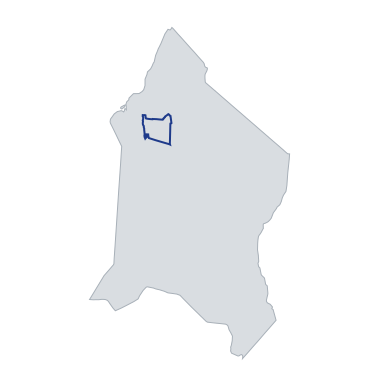 Galole, Coast, Kenya (highlighted), rotated 184°
{"feature_id": "3690345B71380805916784", "entity_name": "Galole", "entity_type": "district", "adm_level": 2, "iso_a3": "KEN", "parent_name": "Kenya", "parent_adm1": "Coast", "projection": "equal_earth", "projection_center": [39.8, -1.506], "detail": "fine", "context": "in_parent", "style": "outline", "palette": "blue", "viewbox_px": 384, "rotation_deg": 184, "n_neighbors": 0, "source": "geoboundaries", "source_scale": "gbopen_adm2", "svg_char_len": 5498}
<svg xmlns="http://www.w3.org/2000/svg" viewBox="0 0 384 384"><g transform="rotate(184 192 192)"><path d="M97.3,236.8L97.3,231.4L97.8,217.5L97.8,205.3L98.3,199.2L100.5,195.3L101.5,192.5L102.3,188.6L103.5,185.4L106.1,182.8L106.6,181.4L109.4,177.0L111.1,171.4L112.4,169.5L113.9,167.8L115.1,166.9L116.9,165.9L118.3,165.4L118.6,165.0L118.7,164.1L118.3,160.6L118.9,159.5L119.9,157.1L121.0,155.0L122.0,153.6L122.6,152.2L122.8,149.8L122.9,148.0L122.9,145.2L122.6,138.8L121.4,133.4L120.6,127.4L121.2,125.5L120.3,122.0L119.8,121.8L119.0,121.0L118.1,117.7L117.3,114.7L116.9,113.9L113.7,111.2L112.1,105.0L110.4,103.6L109.4,97.4L109.2,95.7L110.2,89.5L110.1,88.1L109.1,86.7L106.1,85.4L103.7,82.9L104.0,82.0L104.2,81.1L102.9,80.4L99.2,69.9L104.0,63.5L108.9,57.1L115.0,48.9L120.7,41.5L125.6,35.0L130.0,29.3L129.9,30.3L129.9,31.8L130.4,32.7L131.3,33.3L132.6,32.7L133.7,31.8L134.7,31.6L141.3,34.0L142.4,36.1L142.3,38.3L142.6,40.0L142.1,41.6L141.5,46.5L141.6,51.1L143.6,54.5L145.4,57.1L146.7,60.8L147.8,61.9L149.2,62.5L153.7,62.7L160.3,62.9L166.8,63.2L167.3,63.2L168.7,63.8L174.6,68.8L180.0,73.4L184.6,77.3L189.0,81.2L193.3,85.0L196.7,88.1L200.0,89.1L205.3,89.5L209.0,89.7L212.5,91.0L217.6,92.2L221.4,92.8L223.7,93.5L230.1,94.3L231.1,93.8L233.9,90.4L237.1,84.7L238.3,81.6L242.4,78.6L249.6,74.2L254.6,71.2L260.2,68.2L262.8,70.8L266.3,75.1L267.8,77.1L269.1,78.1L271.0,78.7L273.3,78.7L274.6,78.6L277.2,78.1L283.3,77.6L286.7,77.6L283.8,83.2L280.3,90.0L273.9,102.4L269.0,108.9L265.3,113.9L264.9,114.8L265.0,120.3L265.0,133.7L265.1,160.7L265.2,187.6L265.2,214.6L265.3,228.1L265.3,232.6L268.6,238.3L271.7,243.8L275.9,251.1L278.2,255.0L278.6,256.4L278.4,259.0L275.0,264.5L272.1,267.0L268.3,268.2L267.2,267.9L265.7,267.1L265.1,268.5L264.7,270.5L263.8,270.1L263.2,269.5L263.6,273.1L264.0,274.9L263.4,277.4L261.5,279.5L261.4,281.3L257.3,286.0L251.7,286.5L248.7,288.8L247.3,290.7L246.3,294.9L246.7,301.3L245.1,306.2L244.8,308.7L241.9,311.9L240.6,314.8L239.6,317.8L238.8,319.1L237.8,325.8L236.4,329.9L236.0,331.2L235.7,332.4L234.6,334.8L234.0,336.4L233.5,337.5L230.0,347.9L227.3,352.6L225.2,352.1L223.8,353.9L223.6,354.7L222.9,354.3L221.1,352.6L217.5,349.0L213.8,345.5L210.2,342.0L206.5,338.4L202.9,334.9L199.2,331.4L195.6,327.8L192.0,324.3L189.8,322.2L188.9,321.0L188.1,318.6L187.8,318.0L186.8,317.2L185.7,317.0L185.3,316.6L185.3,315.4L185.7,313.7L187.1,310.5L187.2,308.6L187.0,306.4L186.5,302.9L186.2,302.1L183.8,300.3L178.7,296.5L173.6,292.7L168.6,288.9L163.5,285.1L158.5,281.3L153.4,277.5L148.3,273.7L143.3,269.9L138.2,266.1L133.1,262.3L128.1,258.5L123.0,254.7L118.0,250.9L112.9,247.1L107.8,243.3L102.8,239.5L100.9,238.0L99.2,236.8L97.3,236.8ZM265.7,273.8L264.8,274.1L265.2,272.2L267.8,269.9L268.9,270.4L269.1,271.0L269.0,271.4L268.6,271.9L265.7,273.8Z" fill="#d9dde1" stroke="#a8b0b8" stroke-width="1"/><path d="M217.2,237.8L217.4,238.4L217.4,238.5L217.5,239.0L217.6,242.1L218.3,257.7L218.3,258.4L218.3,258.5L218.2,258.5L218.1,258.8L217.9,258.8L217.7,258.9L217.6,259.0L217.4,259.2L217.3,259.3L218.5,265.1L218.7,265.9L218.7,266.0L218.8,266.0L219.0,266.3L219.2,266.5L219.3,266.5L219.5,266.7L219.5,266.8L219.7,267.0L219.8,267.1L220.0,267.3L220.3,267.4L220.3,267.5L220.6,267.6L220.7,267.8L220.8,267.8L221.1,268.0L222.4,266.8L223.6,265.8L223.7,265.7L223.8,265.7L224.0,265.5L224.1,265.4L224.1,265.2L224.3,265.0L224.3,264.9L224.2,264.9L224.2,264.7L224.3,264.6L224.5,264.5L224.6,264.4L224.8,264.3L224.9,264.2L225.0,264.1L225.2,263.9L225.2,263.7L225.3,263.7L225.5,263.4L225.7,263.2L225.9,262.8L225.9,262.7L226.0,262.7L226.1,262.4L226.2,262.2L226.3,262.1L227.4,262.1L228.0,262.1L228.6,262.1L232.8,262.2L235.0,262.1L236.4,262.1L236.5,261.8L238.6,261.8L240.8,261.9L242.9,262.1L243.0,262.2L243.1,262.3L243.2,262.5L243.3,262.8L243.4,263.2L243.5,263.5L243.6,263.9L243.6,264.2L243.7,264.6L243.7,264.9L243.8,265.3L244.8,265.4L246.0,265.3L246.5,265.3L246.5,265.1L246.5,264.8L246.5,264.6L246.5,264.4L246.5,264.2L246.4,264.1L246.3,263.8L246.2,263.7L246.0,263.4L246.0,263.2L245.9,263.0L245.9,262.9L245.9,262.6L245.9,262.4L245.9,262.0L245.8,261.8L245.8,261.7L245.8,261.2L245.9,260.9L246.0,260.6L246.0,260.4L246.1,260.2L246.1,259.9L246.1,259.7L245.9,259.4L245.9,259.2L245.8,258.9L245.8,258.6L245.8,258.2L245.9,257.9L245.9,257.6L245.9,257.4L245.9,257.2L245.8,256.8L245.8,256.6L245.8,256.4L245.7,256.2L245.6,255.9L245.6,255.7L245.4,255.4L245.3,255.2L245.2,255.1L245.0,254.9L244.9,254.8L244.9,254.6L244.8,254.3L244.7,254.2L244.7,253.9L244.6,253.7L244.6,253.4L244.6,253.1L244.5,252.8L244.4,252.7L244.3,252.4L244.2,252.2L244.1,251.9L244.1,251.7L244.1,251.4L244.1,251.1L244.0,250.8L244.0,250.4L243.9,250.2L243.9,249.8L243.8,249.3L243.6,248.6L243.6,248.1L243.5,247.9L243.5,247.7L243.5,247.4L243.4,247.3L243.4,247.2L243.3,246.9L243.2,246.8L243.2,246.7L243.2,246.3L243.3,246.1L243.3,245.9L243.4,245.6L243.4,245.3L243.4,245.1L243.4,244.9L243.4,244.7L243.3,244.3L243.2,244.0L243.2,243.9L243.0,243.4L243.0,243.2L242.9,243.0L242.9,242.9L242.6,242.5L242.5,242.2L242.4,242.0L242.1,242.5L241.9,242.7L241.9,242.8L241.7,242.8L241.5,243.1L241.6,243.3L241.4,243.5L241.3,243.8L241.2,243.8L241.2,244.0L241.3,244.1L241.2,244.2L241.2,244.3L241.2,244.5L241.3,244.7L241.3,244.8L241.4,245.0L241.5,245.3L241.6,245.5L241.7,245.8L241.7,246.0L241.8,246.1L241.8,246.3L241.3,246.4L241.0,246.4L240.7,246.4L239.8,246.4L239.8,246.2L239.7,246.1L239.7,245.9L239.7,245.7L239.6,245.4L239.4,244.8L239.4,244.7L239.3,244.4L239.3,244.2L239.1,243.6L239.1,243.4L239.0,243.2L238.8,242.8L231.8,241.1L219.4,238.4L217.7,238.0L217.2,237.8Z" fill="none" stroke="#1e3a8a" stroke-width="2"/></g></svg>